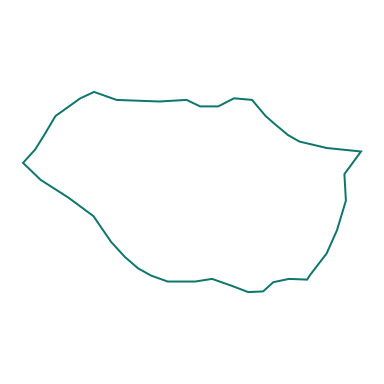 Torsås, Kalmar, Sweden
{"feature_id": "70781695B75785870323724", "entity_name": "Torsås", "entity_type": "district", "adm_level": 2, "iso_a3": "SWE", "parent_name": "Sweden", "parent_adm1": "Kalmar", "projection": "natural_earth1", "projection_center": [15.932, 56.442], "detail": "fine", "context": "isolated", "style": "outline", "palette": "teal", "viewbox_px": 384, "rotation_deg": 0, "n_neighbors": 0, "source": "geoboundaries", "source_scale": "gbopen_adm2", "svg_char_len": 614}
<svg xmlns="http://www.w3.org/2000/svg" viewBox="0 0 384 384"><path d="M307.1,279.6L310.3,274.7L326.6,253.5L337.0,230.2L345.9,200.6L344.4,174.1L361.0,151.5L326.7,148.0L299.5,141.6L288.2,135.2L274.7,124.0L265.6,116.0L252.0,99.9L234.0,98.3L218.2,106.4L200.1,106.4L186.5,99.9L159.4,101.5L116.5,99.9L93.9,91.9L92.4,92.7L80.3,98.3L55.5,116.0L44.1,135.2L35.1,149.6L23.0,162.9L40.8,180.0L68.5,197.7L93.5,216.2L111.1,241.9L125.0,257.1L138.0,268.3L150.9,275.5L167.6,281.5L195.4,281.5L212.1,278.9L232.5,286.1L248.2,292.1L263.1,291.4L273.3,282.2L289.0,278.9L307.1,279.6Z" fill="none" stroke="#0f766e" stroke-width="2"/></svg>